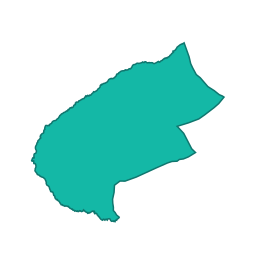 West Ambae, Penama, Vanuatu, rotated 13°
{"feature_id": "77236927B38715927177991", "entity_name": "West Ambae", "entity_type": "district", "adm_level": 2, "iso_a3": "VUT", "parent_name": "Vanuatu", "parent_adm1": "Penama", "projection": "equal_earth", "projection_center": [167.719, -15.408], "detail": "fine", "context": "isolated", "style": "filled", "palette": "teal", "viewbox_px": 256, "rotation_deg": 13, "n_neighbors": 0, "source": "geoboundaries", "source_scale": "gbopen_adm2", "svg_char_len": 5700}
<svg xmlns="http://www.w3.org/2000/svg" viewBox="0 0 256 256"><g transform="rotate(13 128 128)"><path d="M163.5,32.4L162.8,33.2L162.5,33.7L162.1,33.8L161.8,33.7L161.4,34.3L160.3,34.9L157.6,38.3L157.5,39.1L156.8,40.8L156.7,41.2L155.9,42.1L155.6,42.2L155.2,42.8L154.5,43.0L154.6,43.5L155.2,44.0L154.3,45.1L153.7,46.0L153.3,47.0L152.5,47.9L152.2,49.1L151.5,49.5L151.0,50.1L150.8,50.6L150.5,50.4L149.9,50.8L149.4,51.5L148.9,51.3L148.7,51.4L148.4,51.9L148.1,52.2L147.8,52.0L146.4,53.8L146.3,54.3L145.2,55.0L143.9,56.8L143.3,56.7L143.1,56.5L142.6,56.3L141.1,57.8L139.8,58.9L138.9,59.4L138.4,59.4L137.1,58.9L135.3,59.3L134.6,59.6L134.0,59.4L132.7,60.0L132.1,60.2L131.3,60.0L131.1,59.8L130.4,59.5L129.6,59.6L129.0,60.6L128.3,60.7L127.8,60.5L127.6,60.3L127.3,60.4L127.0,61.0L126.1,61.6L124.4,62.5L124.1,62.7L123.1,62.6L122.0,63.0L121.7,63.3L120.8,64.4L119.4,64.9L118.6,65.7L118.4,66.0L118.1,67.8L117.9,68.0L117.8,68.7L117.4,69.1L117.3,69.6L117.1,69.8L116.7,70.0L116.0,69.9L115.5,70.3L114.8,71.4L114.4,71.5L113.0,72.1L112.7,72.0L112.8,71.8L112.7,71.8L112.0,72.2L111.8,72.7L111.2,73.1L109.3,73.7L108.0,74.6L107.2,75.8L106.7,76.1L106.5,76.5L106.5,77.0L106.4,77.0L105.9,77.5L105.0,78.0L104.8,78.6L104.9,79.4L104.7,79.9L103.9,81.1L103.6,82.0L103.4,82.2L102.7,82.6L102.6,83.0L102.0,83.1L101.6,83.5L101.2,83.6L100.4,83.4L99.8,84.0L99.4,84.1L98.4,85.1L98.2,85.6L97.7,87.3L97.4,87.8L96.1,89.0L95.7,89.6L95.3,89.8L94.8,89.7L94.3,90.2L93.9,90.3L92.6,91.9L92.3,91.5L92.2,91.6L92.1,92.0L91.7,92.2L91.4,92.9L91.6,94.2L90.9,95.8L90.1,96.5L89.3,98.5L87.1,100.5L86.3,100.4L86.0,101.5L85.0,102.9L84.3,104.4L83.9,104.4L83.3,105.0L83.1,104.7L82.8,104.9L82.5,105.6L81.9,105.6L81.3,105.3L81.0,105.6L80.5,106.7L80.3,106.8L80.1,106.7L79.9,106.2L79.7,106.1L79.5,106.4L79.5,107.0L78.9,107.8L78.6,109.1L77.1,109.9L76.8,110.2L76.6,110.6L76.1,110.7L75.7,111.3L74.9,112.1L74.0,112.6L73.8,113.5L73.5,114.0L71.8,114.4L71.7,115.1L71.2,115.4L71.1,115.7L71.4,116.6L71.4,117.0L70.6,117.6L70.2,118.0L70.1,118.4L69.9,119.5L69.6,120.3L69.1,120.7L68.7,120.6L68.3,120.6L67.9,121.4L67.2,121.3L66.8,121.7L66.4,123.3L66.1,123.4L65.7,123.3L65.4,123.6L65.4,124.6L65.3,124.9L64.8,125.2L64.2,125.2L63.5,126.3L62.3,127.2L61.9,127.4L61.1,128.5L60.0,129.3L59.4,130.5L58.7,131.3L58.6,132.4L58.5,132.7L58.2,132.9L58.0,133.8L57.8,134.3L56.8,135.3L56.4,136.2L56.0,136.8L54.1,137.7L53.3,138.4L52.8,139.2L52.4,140.8L51.9,141.1L50.7,142.3L50.7,142.7L50.9,143.3L50.7,143.4L50.1,143.3L49.8,143.5L49.4,143.9L49.1,143.9L48.5,143.7L47.9,143.9L47.4,144.0L47.0,144.8L46.9,146.8L46.9,147.2L47.3,147.9L47.2,148.2L46.8,148.6L46.6,149.2L46.6,150.0L46.9,151.4L46.7,152.0L46.3,152.2L45.2,153.3L44.8,154.6L44.6,154.5L44.4,154.8L44.4,155.0L44.7,155.5L44.4,156.0L44.4,156.3L44.6,156.7L45.1,157.0L45.2,157.5L44.8,157.8L44.6,158.3L44.4,158.5L43.9,159.6L43.5,160.0L43.1,160.8L43.1,161.5L43.3,162.1L43.0,162.4L42.7,163.0L42.7,164.7L42.1,166.7L42.2,167.9L42.4,168.6L42.6,169.1L43.9,170.8L44.0,171.1L44.0,172.1L43.9,173.0L43.7,173.5L42.7,174.1L42.5,174.4L42.4,175.0L42.7,176.9L43.1,177.5L43.3,178.2L42.9,178.4L42.4,178.1L42.1,178.3L41.7,179.5L41.6,180.7L41.4,181.3L41.6,181.7L42.1,181.9L42.6,181.7L43.0,181.3L43.5,181.3L43.5,181.6L43.9,182.4L44.0,183.2L44.3,183.8L44.6,183.9L45.2,183.6L45.7,183.6L46.2,184.2L46.9,185.8L47.0,186.4L47.0,187.3L46.7,188.8L47.0,189.4L46.9,190.3L47.2,190.9L49.6,192.9L50.1,193.7L52.5,194.1L53.3,194.9L54.1,194.8L54.5,195.1L56.8,195.3L57.7,196.0L58.3,196.2L58.6,196.4L59.0,197.0L59.6,197.8L60.1,198.2L60.2,198.9L60.7,199.4L60.8,200.5L61.1,201.0L62.0,202.0L63.0,202.2L64.4,203.1L64.9,204.0L65.1,204.5L65.6,205.1L65.7,205.5L66.2,205.9L66.4,206.4L67.0,207.3L67.3,207.4L67.7,207.1L68.4,207.5L68.7,207.4L69.2,207.5L69.6,208.0L70.8,210.4L71.7,210.7L72.1,211.1L72.4,212.1L73.1,213.1L73.4,213.1L74.4,214.0L74.7,214.0L75.3,213.6L75.8,214.4L77.4,215.0L78.1,215.8L78.5,216.1L79.0,216.8L79.5,217.1L80.3,217.9L81.2,217.4L81.5,217.5L81.9,218.1L82.6,218.2L83.1,218.0L83.7,218.4L84.3,218.4L84.8,217.9L86.0,217.9L86.6,218.1L87.2,217.7L87.7,218.0L88.2,218.5L88.8,218.6L89.4,219.2L90.5,219.4L91.0,219.7L91.5,219.8L91.8,219.5L92.2,219.6L92.9,220.5L93.7,220.2L94.8,221.0L95.6,220.4L96.5,220.8L97.0,220.6L97.4,220.2L97.6,220.3L98.1,220.7L98.4,220.6L98.7,220.5L99.3,219.5L99.5,219.4L100.0,219.7L100.4,219.4L101.0,219.8L101.6,219.9L102.2,219.5L102.7,219.0L103.0,217.9L103.7,218.5L104.1,218.2L104.9,219.0L105.4,219.0L105.7,219.3L107.3,219.5L107.7,220.1L108.0,220.2L108.3,219.7L108.5,219.9L108.9,219.6L109.3,219.6L109.5,219.1L110.0,219.1L110.3,218.9L111.9,217.0L113.0,217.3L113.1,216.8L113.7,216.6L114.3,217.2L114.3,217.5L114.2,218.2L114.8,219.0L115.1,219.0L115.8,218.2L116.8,218.5L117.1,218.8L117.4,219.5L117.7,219.7L118.4,219.9L119.0,220.8L119.4,221.0L119.7,220.9L120.9,222.1L121.9,222.9L123.0,223.4L123.3,223.3L123.8,223.6L124.1,223.3L124.3,222.6L124.5,222.4L125.6,222.8L125.8,222.5L126.3,222.9L126.7,222.1L127.1,221.8L127.6,221.7L128.0,222.2L128.5,222.5L128.6,222.3L128.7,221.5L128.8,221.2L130.0,220.6L131.1,220.9L132.0,222.1L133.0,222.6L133.8,222.3L134.4,221.9L134.9,222.3L135.3,222.2L135.6,221.7L135.8,221.6L136.4,222.1L136.5,221.7L136.5,221.2L136.6,220.9L136.8,220.6L137.1,220.5L137.7,220.5L137.8,219.4L138.0,219.2L138.4,219.0L138.8,218.2L139.2,217.9L139.4,217.5L139.5,216.9L136.4,215.3L134.5,213.3L132.3,211.7L131.6,208.5L130.1,204.8L129.0,200.9L128.9,193.9L127.7,186.8L132.1,181.5L137.1,180.4L147.0,174.0L164.4,160.6L174.3,153.2L178.4,150.7L183.3,149.3L185.1,147.1L188.9,145.7L193.3,142.6L199.3,136.7L194.7,133.9L183.5,120.7L175.5,115.3L185.7,109.4L195.0,103.2L199.7,98.0L207.2,88.9L210.9,83.8L214.6,76.3L212.8,75.6L209.4,75.0L203.6,72.2L196.5,69.7L187.1,62.8L182.5,60.6L177.5,54.9L174.6,51.2L171.5,44.9L163.5,32.4Z" fill="#14b8a6" stroke="#0f766e" stroke-width="1.5"/></g></svg>